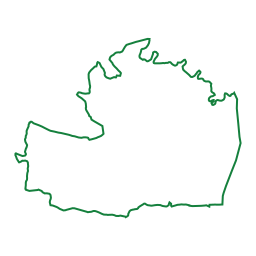 the district of Atsa, Al Fayyum, Egypt
{"feature_id": "37247803B59509070430414", "entity_name": "Atsa", "entity_type": "district", "adm_level": 2, "iso_a3": "EGY", "parent_name": "Egypt", "parent_adm1": "Al Fayyum", "projection": "albers", "projection_center": [30.709, 29.208], "detail": "fine", "context": "isolated", "style": "outline", "palette": "green", "viewbox_px": 256, "rotation_deg": 0, "n_neighbors": 0, "source": "geoboundaries", "source_scale": "gbopen_adm2", "svg_char_len": 5692}
<svg xmlns="http://www.w3.org/2000/svg" viewBox="0 0 256 256"><path d="M97.3,62.7L96.9,64.7L96.4,66.4L95.4,66.5L94.7,66.7L93.2,68.2L91.0,70.2L89.2,72.5L88.9,73.3L88.6,74.2L88.7,78.2L89.2,80.6L89.4,81.9L89.7,84.3L90.1,86.0L90.1,86.7L90.0,87.7L89.8,88.3L89.5,89.2L89.5,90.3L89.7,90.9L89.7,92.0L89.6,92.6L88.9,93.4L87.7,93.4L86.4,93.6L85.3,93.7L83.8,93.5L82.1,93.2L80.9,92.7L79.2,92.4L78.5,92.4L77.6,93.4L77.4,94.0L77.0,94.6L78.4,96.2L81.7,98.3L85.2,101.4L85.8,103.6L86.1,107.2L85.8,107.9L86.0,109.4L86.4,110.4L88.9,114.6L89.1,115.5L89.3,116.1L90.6,116.8L91.0,117.9L91.5,119.6L94.4,121.4L102.4,126.0L103.5,133.8L102.9,134.4L102.0,135.2L100.9,136.0L99.0,136.8L97.9,137.2L96.3,138.0L93.8,138.7L91.6,139.3L89.4,139.8L88.6,138.9L88.4,138.5L88.2,137.9L87.6,137.6L85.3,137.3L83.8,137.3L81.4,137.8L78.7,137.5L74.7,136.3L72.1,135.9L71.1,135.5L68.9,134.8L61.1,133.0L58.4,132.6L54.4,131.6L50.5,130.8L48.9,130.1L44.9,128.1L42.0,126.6L39.0,125.3L33.6,123.3L31.7,121.8L30.9,121.7L29.6,122.5L29.8,122.8L28.8,124.2L28.6,124.9L28.6,126.3L27.6,128.5L26.7,130.6L26.6,131.6L26.7,133.7L26.1,135.4L25.8,135.9L25.7,137.8L25.1,139.0L25.0,139.5L25.2,140.8L25.4,141.8L27.1,145.1L26.9,146.1L26.7,146.8L26.4,147.8L26.0,148.3L25.7,149.3L25.4,150.4L25.0,151.8L25.2,152.5L25.8,153.6L25.9,154.5L25.2,155.5L23.5,155.9L22.4,156.0L17.0,153.9L16.1,153.4L15.7,153.4L15.5,153.6L15.4,155.1L15.6,155.5L16.4,157.5L16.8,158.8L19.0,162.3L19.4,162.3L19.9,162.1L21.2,161.5L22.3,160.7L23.1,160.8L25.3,160.6L27.2,161.3L27.9,162.6L27.9,163.3L28.2,166.1L27.7,168.6L28.0,171.0L27.5,172.5L27.3,173.3L27.0,176.3L27.1,178.0L27.0,179.5L26.6,180.5L26.1,181.2L25.8,182.7L25.8,185.2L25.4,188.8L25.8,189.7L26.4,189.7L26.6,190.0L29.4,190.9L37.7,190.0L38.4,189.6L41.7,191.0L42.3,191.9L42.8,192.3L43.0,192.5L43.8,192.8L44.2,193.2L44.6,193.4L46.8,193.3L49.5,193.8L50.5,195.0L50.7,196.2L50.9,197.7L50.8,198.2L50.6,199.2L50.3,199.8L50.1,200.3L49.8,201.8L49.8,202.4L50.2,204.1L50.5,205.2L52.7,205.5L56.7,207.0L58.3,207.9L59.6,208.8L63.4,210.4L65.1,210.3L67.0,209.7L72.6,208.2L74.5,208.3L84.7,211.2L86.8,211.8L87.8,212.2L89.8,211.9L90.4,211.9L91.5,211.7L93.4,211.0L94.7,211.0L95.7,211.2L97.4,211.8L98.9,212.4L102.0,213.9L103.9,214.6L106.7,214.7L107.5,214.9L112.2,214.7L113.1,214.9L114.4,215.2L116.0,215.9L118.4,216.0L120.5,215.6L121.8,215.9L125.6,216.7L125.8,217.1L127.6,216.1L128.2,215.3L128.3,213.8L128.7,213.0L129.5,211.3L130.6,210.3L132.5,209.7L133.8,209.5L134.9,209.2L137.0,209.0L138.1,208.2L138.4,207.4L139.9,206.3L141.7,205.2L143.2,204.3L144.0,203.7L144.9,203.6L146.6,204.7L147.8,205.2L149.5,205.4L151.2,205.7L152.3,205.6L154.7,205.2L157.5,204.9L160.6,205.1L161.0,205.4L162.7,206.0L166.1,206.5L167.0,206.3L168.7,205.1L169.0,203.6L169.5,202.4L171.1,203.7L171.1,205.7L171.7,206.5L175.6,205.4L177.5,204.8L179.2,204.7L181.4,204.4L183.9,204.6L185.9,204.5L189.4,205.3L189.4,205.7L192.4,206.1L201.4,205.8L205.0,205.5L206.3,205.3L209.3,206.6L209.5,204.8L214.9,204.6L218.5,204.7L222.4,204.5L222.8,196.0L223.6,193.0L226.0,186.0L231.9,170.7L236.0,160.4L240.6,143.1L239.5,136.9L238.3,123.7L236.8,108.4L237.1,99.2L234.2,92.9L233.8,93.5L231.5,94.3L231.2,94.7L230.6,95.5L230.5,95.8L229.9,96.0L229.2,95.7L228.4,95.2L227.0,93.9L225.9,93.4L225.1,93.4L224.8,94.2L224.6,94.9L224.7,97.4L224.0,99.1L223.5,99.7L222.9,100.0L221.6,100.7L220.3,100.7L219.3,100.5L217.8,100.0L217.1,100.1L216.0,100.8L215.6,101.8L215.5,102.4L215.3,103.5L214.8,104.1L214.0,104.5L213.5,104.9L212.4,104.9L211.5,103.1L212.3,102.5L213.4,101.5L213.7,101.1L213.7,100.0L213.3,100.0L212.8,100.2L211.8,100.6L211.3,101.0L210.7,101.2L210.0,101.2L209.4,101.1L208.8,100.0L208.9,98.8L209.3,97.9L210.6,96.7L211.3,96.3L212.0,96.3L212.8,96.1L214.8,94.9L214.2,93.6L213.4,93.0L212.5,92.5L211.7,91.8L211.3,91.1L211.4,89.4L211.4,88.2L210.9,85.6L211.3,83.7L210.4,82.8L210.0,82.3L209.3,81.7L208.3,81.4L205.9,81.5L205.3,81.3L204.9,81.1L204.4,81.0L204.0,80.6L203.4,79.9L203.2,79.3L202.6,78.8L202.0,78.6L201.1,78.6L198.8,78.9L198.1,78.7L197.9,78.2L197.8,77.0L198.0,76.3L198.3,75.3L200.1,73.4L200.5,72.1L200.1,71.5L199.1,70.6L198.2,71.4L197.4,72.0L196.9,72.8L196.6,73.3L196.2,73.7L194.6,75.8L193.1,76.6L192.2,77.0L191.0,76.9L190.5,76.5L190.1,76.0L189.3,75.1L188.3,74.2L186.0,72.2L184.6,71.1L183.3,69.8L183.3,69.5L183.0,69.1L182.6,66.5L183.1,65.9L184.8,64.5L185.7,63.4L186.0,61.9L185.0,59.8L184.4,59.8L183.9,60.0L182.9,61.0L181.8,61.8L181.5,62.2L180.9,62.4L180.6,62.6L177.9,62.5L177.7,62.9L177.1,64.6L176.3,65.2L175.4,65.6L174.8,65.6L173.3,64.9L171.8,63.8L170.8,62.6L170.2,62.2L168.9,62.2L168.3,62.6L167.6,62.9L165.7,62.9L164.4,63.2L163.1,63.0L161.8,63.2L160.3,63.3L158.9,63.3L155.5,63.3L154.6,63.3L153.8,63.0L153.6,62.4L153.6,61.8L154.7,59.4L155.2,58.6L157.0,56.5L157.7,55.3L157.8,53.8L156.1,52.0L154.6,51.7L153.3,52.3L153.1,52.6L153.0,54.0L152.6,55.1L151.1,59.3L148.3,61.1L147.2,61.3L146.8,61.1L145.1,59.7L143.9,59.3L143.7,59.5L142.8,59.8L142.2,59.4L141.5,58.9L140.5,58.3L140.1,58.0L139.7,57.4L139.5,56.7L139.5,55.9L139.6,55.2L139.8,54.8L140.5,53.1L140.8,52.1L141.2,50.4L141.3,49.7L142.2,48.9L143.6,48.8L145.4,48.0L146.1,47.6L147.9,45.3L149.0,43.0L149.3,41.3L149.5,40.6L149.4,39.6L149.5,39.0L147.5,38.9L146.8,39.1L138.4,41.3L136.3,41.8L135.0,42.2L131.3,43.4L129.5,43.9L126.5,44.9L125.0,46.8L123.4,49.5L122.9,50.5L122.0,51.6L119.8,52.5L119.0,52.3L117.5,52.4L116.2,52.6L114.9,53.4L113.5,54.8L111.5,55.9L110.3,57.1L109.8,58.3L109.5,59.6L110.1,60.3L112.4,63.1L112.9,64.4L114.0,65.8L114.8,66.7L116.6,68.4L118.5,70.6L120.1,72.0L120.9,73.1L120.2,75.8L119.5,75.8L116.8,75.5L116.0,77.4L115.2,77.4L114.1,77.1L110.2,78.7L108.5,78.2L106.5,77.4L105.2,76.1L104.8,75.3L104.6,74.6L104.9,72.9L103.4,69.0L102.1,67.7L101.3,66.8L100.7,65.5L100.0,64.0L99.6,63.1L98.5,62.4L97.7,62.1L97.3,62.7Z" fill="none" stroke="#15803d" stroke-width="2"/></svg>